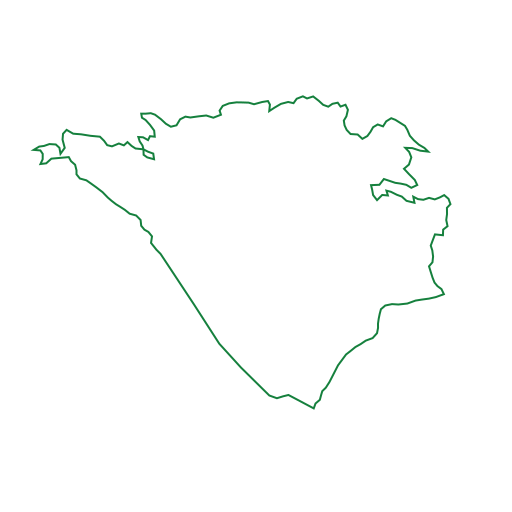 Timbé do Sul, Santa Catarina, Brazil (Natural Earth projection), rotated 80°
{"feature_id": "56859067B25320929028049", "entity_name": "Timbé do Sul", "entity_type": "district", "adm_level": 2, "iso_a3": "BRA", "parent_name": "Brazil", "parent_adm1": "Santa Catarina", "projection": "natural_earth1", "projection_center": [-49.896, -28.823], "detail": "fine", "context": "isolated", "style": "outline", "palette": "green", "viewbox_px": 512, "rotation_deg": 80, "n_neighbors": 0, "source": "geoboundaries", "source_scale": "gbopen_adm2", "svg_char_len": 2903}
<svg xmlns="http://www.w3.org/2000/svg" viewBox="0 0 512 512"><g transform="rotate(80 256 256)"><path d="M237.4,349.6L292.7,325.6L336.0,307.4L340.9,304.3L363.2,290.2L395.7,267.1L399.7,260.1L398.9,253.8L398.5,248.2L401.9,243.8L416.1,225.6L411.6,223.0L408.7,218.1L404.4,216.1L400.6,214.2L397.8,210.1L392.8,205.5L377.9,194.2L368.6,184.4L365.6,178.7L362.9,173.9L361.0,168.4L358.4,162.6L357.1,155.4L353.0,150.2L348.0,148.3L343.8,147.6L339.2,146.1L334.4,144.2L330.1,142.2L327.2,137.3L327.0,130.4L328.5,124.2L329.1,115.2L327.6,106.6L327.7,100.5L328.0,93.1L327.7,86.1L326.2,77.6L320.8,79.1L317.2,82.5L313.2,84.8L307.9,85.9L301.8,86.7L296.2,87.4L292.8,83.3L287.3,81.7L281.2,81.4L276.1,82.1L270.5,78.8L265.8,76.0L268.0,68.3L262.5,67.1L259.9,62.2L253.6,62.4L247.9,60.6L241.7,59.6L238.7,55.5L233.1,56.5L228.7,60.1L230.2,64.7L231.3,70.1L228.8,75.5L229.7,81.4L228.1,86.6L224.9,90.8L231.1,90.7L227.8,98.2L222.8,102.1L220.2,106.6L216.2,112.0L214.3,116.2L219.3,115.6L217.8,121.1L222.0,127.1L216.3,130.1L210.7,130.1L206.2,130.4L207.3,122.1L202.4,116.7L205.2,111.5L208.1,106.2L209.8,101.0L212.0,95.6L215.8,91.2L214.1,84.9L208.7,86.4L201.8,91.2L195.8,95.1L192.5,89.5L185.8,85.9L180.1,87.1L175.4,90.2L176.9,83.3L180.8,76.0L183.1,68.3L178.8,71.4L174.6,76.3L169.5,80.4L164.3,83.6L157.9,85.1L153.7,86.7L149.8,91.0L146.1,95.1L143.8,98.9L146.0,104.4L150.4,108.4L147.6,113.3L149.5,118.3L153.6,121.7L157.2,125.5L159.1,130.9L154.0,134.8L152.3,141.7L147.6,144.8L142.8,146.1L137.9,146.0L134.1,142.7L128.0,140.1L122.6,141.6L123.5,146.8L119.2,148.9L119.4,154.3L121.5,158.9L118.8,163.6L114.1,167.2L108.8,172.0L109.7,178.4L106.9,182.1L108.2,188.6L112.0,192.5L109.9,197.6L110.5,205.0L113.1,212.0L115.6,217.8L109.3,216.0L105.5,217.3L105.4,223.1L106.2,231.6L103.7,236.6L102.4,242.8L101.3,248.5L101.0,255.9L102.4,262.7L106.5,266.6L110.8,266.0L112.4,274.0L109.0,280.6L108.5,288.1L108.2,296.6L106.5,301.3L108.2,307.0L113.5,311.6L113.9,317.4L110.1,321.8L104.8,325.8L99.3,330.9L97.1,334.8L96.7,339.6L95.9,344.3L100.0,344.3L102.9,341.1L108.5,337.6L114.8,334.5L120.9,335.0L119.6,339.6L123.1,342.2L119.5,346.6L118.4,351.2L123.0,350.6L127.5,348.6L131.4,348.3L129.2,356.0L126.0,359.4L121.5,362.8L124.1,366.9L121.4,371.5L123.0,378.8L121.0,383.3L116.2,385.6L111.4,389.0L108.9,398.1L105.8,407.1L103.8,414.8L98.9,420.6L102.1,424.8L107.8,426.3L116.3,425.6L121.4,430.8L115.3,430.8L111.4,433.8L109.9,440.0L110.8,445.7L110.6,450.5L112.9,456.5L114.6,450.0L118.4,448.3L123.7,449.3L128.0,452.3L128.3,446.5L124.6,440.6L126.1,423.2L130.5,421.7L134.7,418.3L140.5,417.9L144.4,418.6L149.1,416.0L152.0,409.9L155.8,406.1L160.6,401.4L166.5,396.0L172.7,391.8L176.5,388.7L180.7,384.9L183.9,381.3L187.7,377.2L192.4,373.1L195.3,367.0L200.5,363.4L206.3,363.8L210.7,361.3L213.6,357.8L218.6,355.0L224.9,357.1L232.5,353.0L237.4,349.6ZM131.4,348.3L134.5,344.3L137.3,339.4L143.0,339.6L140.0,346.0L136.8,349.1L131.4,348.3Z" fill="none" stroke="#15803d" stroke-width="2"/></g></svg>